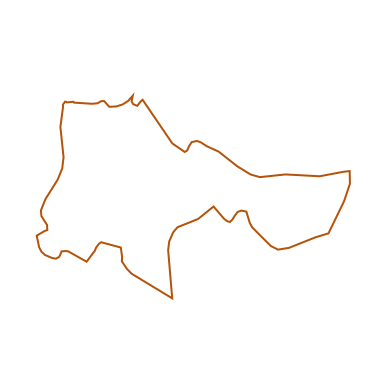 Grevenmacher, Natural Earth projection, rotated 264°
{"feature_id": "LUX-907", "entity_name": "Grevenmacher", "entity_type": "District", "adm_level": 1, "iso_a3": "LUX", "parent_name": "Luxembourg", "parent_adm1": "", "projection": "natural_earth1", "projection_center": [6.348, 49.652], "detail": "fine", "context": "isolated", "style": "outline", "palette": "amber", "viewbox_px": 384, "rotation_deg": 264, "n_neighbors": 0, "source": "natural_earth", "source_scale": "10m", "svg_char_len": 1270}
<svg xmlns="http://www.w3.org/2000/svg" viewBox="0 0 384 384"><g transform="rotate(264 192 192)"><path d="M164.8,33.0L168.6,41.3L169.3,44.1L174.4,44.4L183.8,39.7L189.4,39.8L200.1,45.4L218.3,59.7L229.0,65.4L240.0,67.9L270.4,67.9L289.9,72.6L292.3,72.7L295.7,75.8L295.5,75.6L294.2,76.8L294.1,83.6L293.2,84.1L290.2,101.7L290.1,107.4L291.8,111.0L291.6,114.1L285.4,118.6L285.0,125.8L286.4,132.4L289.4,138.2L294.0,143.2L288.5,141.4L285.5,142.7L283.4,146.6L287.7,150.7L288.9,152.5L242.4,177.5L232.6,188.9L233.7,191.5L237.8,193.8L241.7,197.0L242.2,202.3L240.5,205.9L235.8,211.8L229.4,222.7L212.9,239.6L203.3,252.1L199.7,261.0L199.7,286.6L198.5,294.4L194.3,320.5L196.3,345.0L196.3,351.0L183.6,349.9L166.8,342.2L136.6,323.4L134.0,309.9L126.3,282.5L125.7,271.5L130.1,264.7L150.5,248.2L155.3,246.2L166.8,244.0L168.4,239.1L167.3,235.2L164.1,232.2L160.6,229.5L158.2,226.6L159.4,223.8L162.0,221.1L175.3,211.9L164.5,195.2L158.5,173.9L153.9,169.1L145.3,164.2L136.7,162.2L88.3,161.2L117.1,123.3L122.3,119.3L130.3,115.0L134.7,115.7L144.2,115.4L151.5,96.5L150.3,94.1L146.7,90.8L143.7,89.2L133.7,79.9L146.1,62.4L146.5,59.6L146.6,56.1L143.3,54.4L141.3,53.0L139.9,49.6L141.1,45.8L144.8,39.1L148.4,36.0L153.1,34.2L164.6,33.0L164.8,33.0Z" fill="none" stroke="#b45309" stroke-width="2"/></g></svg>